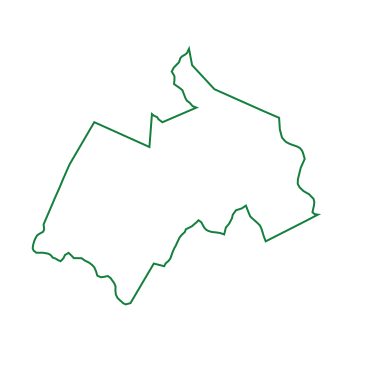 outline of Joaquim Pires, Piauí, Brazil, rotated 114°
{"feature_id": "56859067B20480941700570", "entity_name": "Joaquim Pires", "entity_type": "district", "adm_level": 2, "iso_a3": "BRA", "parent_name": "Brazil", "parent_adm1": "Piauí", "projection": "albers", "projection_center": [-42.062, -3.514], "detail": "fine", "context": "isolated", "style": "outline", "palette": "green", "viewbox_px": 384, "rotation_deg": 114, "n_neighbors": 0, "source": "geoboundaries", "source_scale": "gbopen_adm2", "svg_char_len": 2103}
<svg xmlns="http://www.w3.org/2000/svg" viewBox="0 0 384 384"><g transform="rotate(114 192 192)"><path d="M103.1,134.0L99.1,137.2L88.8,142.6L89.0,158.6L89.0,175.4L89.0,185.8L89.0,213.3L76.1,243.5L62.4,253.0L67.0,253.1L69.3,254.2L72.2,256.3L74.5,257.1L78.7,256.6L85.9,259.3L90.3,259.5L92.0,256.9L93.6,255.0L96.8,253.6L100.7,252.3L102.0,245.6L102.9,242.2L109.2,235.9L110.7,233.7L111.5,230.2L113.3,226.4L113.1,222.3L140.3,247.4L139.2,252.2L137.8,254.2L137.8,257.7L137.1,260.3L168.2,249.2L168.0,304.1L168.0,309.7L216.8,315.1L233.3,315.0L240.2,314.8L254.6,314.8L258.5,314.7L281.9,314.4L286.5,311.8L289.0,311.9L292.4,314.5L294.8,315.9L298.1,316.2L300.9,316.2L305.5,315.5L308.3,314.6L310.0,312.8L310.8,309.5L309.5,306.5L308.1,303.5L307.3,300.3L306.8,297.8L307.1,295.5L308.6,292.4L308.3,289.4L308.7,287.1L308.7,283.9L304.9,282.5L301.2,282.4L297.8,280.0L299.1,276.3L300.5,273.0L298.8,269.3L297.4,265.8L298.2,262.1L298.4,257.3L299.3,253.5L300.5,250.7L303.4,247.5L306.9,244.5L306.9,240.4L305.2,237.8L303.0,234.7L303.8,231.2L305.0,229.3L306.9,226.0L309.2,223.5L312.9,222.0L316.6,219.9L319.0,217.1L320.1,214.2L320.9,211.6L321.6,209.6L321.6,206.8L319.9,204.7L318.5,203.0L272.9,197.8L271.1,187.2L268.1,187.1L264.5,185.4L261.2,184.7L258.3,185.0L253.8,185.3L250.3,185.3L248.1,185.0L244.9,185.0L241.2,184.9L238.3,184.8L235.2,183.9L231.5,182.3L228.5,182.4L226.1,180.4L223.3,178.1L220.4,176.8L218.5,175.8L215.2,174.6L215.8,171.3L217.5,169.1L219.6,166.3L220.8,163.5L220.9,160.7L220.4,157.4L219.1,153.5L218.0,149.5L217.7,145.4L214.0,146.0L210.8,146.6L205.8,145.2L199.9,144.8L196.1,145.5L190.8,144.4L186.8,139.9L182.5,137.2L184.8,134.9L186.8,132.9L188.8,130.8L190.6,128.9L191.6,126.2L192.6,123.0L193.7,119.5L194.9,116.4L197.0,113.9L199.9,111.3L202.4,109.2L204.7,107.0L207.1,104.6L171.7,75.9L161.5,67.8L162.4,70.9L161.5,73.7L154.8,75.1L151.4,76.2L148.8,78.2L147.5,81.6L146.4,84.1L146.2,86.6L145.8,90.5L144.0,95.6L141.6,98.7L137.4,100.4L125.7,102.5L115.9,102.5L110.8,106.8L109.3,108.6L107.9,111.3L107.7,114.6L108.3,122.0L108.1,126.2L107.3,128.5L105.6,132.0L103.1,134.0Z" fill="none" stroke="#15803d" stroke-width="2"/></g></svg>